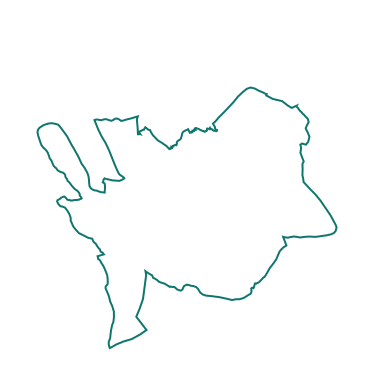 Mbeya Urban, Mbeya, United Republic of Tanzania, rotated 158°
{"feature_id": "72390352B25057310038558", "entity_name": "Mbeya Urban", "entity_type": "district", "adm_level": 2, "iso_a3": "TZA", "parent_name": "United Republic of Tanzania", "parent_adm1": "Mbeya", "projection": "equal_earth", "projection_center": [33.492, -8.905], "detail": "fine", "context": "isolated", "style": "outline", "palette": "teal", "viewbox_px": 384, "rotation_deg": 158, "n_neighbors": 0, "source": "geoboundaries", "source_scale": "gbopen_adm2", "svg_char_len": 5965}
<svg xmlns="http://www.w3.org/2000/svg" viewBox="0 0 384 384"><g transform="rotate(158 192 192)"><path d="M285.9,81.1L290.4,97.2L284.1,103.6L277.5,111.2L265.7,132.0L264.8,136.0L263.5,133.8L260.2,129.6L260.2,127.0L258.9,125.6L257.2,123.3L256.2,121.1L253.8,118.9L251.7,117.3L249.2,113.8L249.0,113.3L248.4,113.0L248.3,112.6L248.0,112.3L247.5,112.3L247.5,112.2L243.9,110.5L242.2,107.1L239.5,104.8L237.5,105.1L234.8,107.7L231.7,108.1L229.7,106.9L227.9,105.3L225.7,104.1L223.8,102.3L222.8,100.3L222.0,95.5L220.3,92.8L217.8,90.7L212.3,87.8L205.8,84.1L199.3,79.7L195.3,76.8L191.3,76.1L188.3,74.8L183.7,74.4L176.9,75.6L175.7,75.7L174.4,77.1L173.8,78.0L173.4,80.1L173.0,80.5L172.4,80.7L171.7,80.6L171.2,80.2L171.1,79.9L170.5,80.2L167.9,83.6L167.5,83.5L167.0,83.2L166.7,82.9L165.3,83.2L164.2,83.1L161.4,84.2L157.6,86.1L156.7,86.0L154.2,87.7L148.7,92.1L142.8,95.6L139.0,98.1L133.0,104.1L130.5,105.4L128.1,106.4L124.5,107.0L124.3,116.3L122.8,115.2L120.4,113.8L114.5,112.7L112.0,111.4L109.0,109.4L102.3,107.6L98.7,106.2L95.2,104.5L92.7,103.7L88.2,102.6L83.4,101.4L79.1,100.7L75.8,100.8L73.5,102.0L71.2,105.0L71.1,107.8L72.3,118.5L76.0,135.5L78.4,143.3L80.9,149.2L84.8,159.4L84.0,162.4L83.3,166.3L80.9,171.7L79.1,176.6L77.0,178.4L76.8,187.7L74.3,192.0L73.8,195.3L71.8,195.7L68.6,193.2L65.5,195.0L62.4,199.2L62.4,205.1L62.7,205.9L62.7,208.5L60.4,210.8L57.7,213.0L57.3,215.7L57.3,215.8L57.3,216.7L58.5,219.4L59.1,221.4L60.0,223.1L60.4,224.6L61.7,227.3L62.2,229.9L63.2,232.6L62.9,232.8L68.0,232.6L70.8,236.3L74.4,242.5L82.2,248.0L87.0,253.7L86.1,254.8L86.8,255.2L89.6,258.5L91.9,260.6L95.1,264.5L98.7,267.0L102.7,267.1L107.6,265.6L113.7,263.2L120.2,259.6L131.3,254.5L139.3,251.1L144.0,248.6L146.9,247.6L146.9,246.6L146.6,245.1L146.4,244.1L146.5,243.3L146.8,242.4L146.7,241.2L146.4,240.7L145.6,240.0L146.1,239.4L146.9,239.3L147.3,240.1L148.9,240.6L149.1,240.8L149.4,241.5L149.6,241.6L149.9,242.6L150.5,243.1L150.9,243.2L151.0,243.7L151.2,243.3L151.9,243.4L152.0,243.7L152.0,243.9L152.2,243.7L153.1,244.5L154.1,245.2L154.5,244.9L155.1,243.6L155.5,243.2L156.0,243.2L156.5,243.5L156.9,243.5L157.2,243.2L157.6,243.0L158.0,243.3L158.6,244.2L159.1,244.4L159.7,244.9L160.0,245.6L160.4,245.9L160.6,245.9L161.4,246.8L161.6,247.3L164.4,249.9L165.1,250.0L165.8,249.7L165.9,249.3L165.5,249.0L165.4,248.5L165.4,248.1L166.4,248.3L166.9,248.8L167.3,248.7L167.6,247.7L168.0,247.8L168.3,248.5L168.7,248.7L169.0,248.3L169.3,247.4L170.0,247.2L170.5,247.4L170.8,248.0L171.8,247.8L172.1,251.7L173.0,251.5L175.2,251.5L177.2,251.2L178.2,250.8L179.1,250.0L181.5,246.6L182.1,245.9L183.2,245.2L183.9,245.0L185.4,244.8L186.5,244.5L187.5,243.7L188.0,242.3L188.5,241.7L188.8,241.4L189.0,241.7L189.5,241.7L189.6,241.9L189.8,242.0L191.1,241.8L191.3,241.7L191.7,241.9L191.8,241.9L192.0,241.7L192.4,242.0L192.7,242.0L192.8,241.8L192.8,241.4L192.9,241.2L193.0,241.2L193.3,241.5L193.5,241.4L193.6,240.4L193.9,240.2L194.0,240.2L194.1,240.6L194.3,240.7L194.5,241.2L195.0,240.2L195.3,240.3L195.4,240.7L195.4,240.9L195.5,240.9L195.8,240.6L196.0,240.4L196.2,240.1L196.4,240.1L196.6,240.4L197.0,240.5L197.5,241.9L198.2,243.6L198.8,244.9L199.4,245.5L201.5,248.9L203.9,252.0L204.5,253.1L205.9,256.5L206.6,258.4L206.8,258.6L207.4,261.4L207.7,263.1L207.7,265.1L207.9,265.4L208.4,265.6L209.4,266.4L210.0,267.6L210.1,267.9L211.1,269.5L212.0,268.9L213.2,267.7L213.4,267.7L213.6,267.9L214.3,268.1L215.6,267.8L217.7,267.7L218.4,267.8L218.9,267.4L219.0,267.1L218.5,266.2L218.3,265.2L218.5,265.4L219.0,265.5L219.5,265.4L220.5,265.8L218.2,272.4L216.0,279.8L213.9,282.4L221.2,283.1L226.9,283.9L228.0,283.9L230.9,284.3L232.4,286.6L234.0,288.2L236.1,288.8L237.7,288.3L240.0,288.2L241.8,289.5L243.2,290.8L244.9,292.0L247.0,292.4L249.2,292.5L252.7,294.7L254.2,295.2L255.5,295.2L255.5,284.5L254.9,276.7L253.8,270.2L253.3,261.4L253.4,245.2L253.2,239.3L252.9,236.3L252.2,234.5L251.1,233.1L249.7,230.7L249.7,230.0L251.6,229.6L255.1,229.5L261.5,232.6L264.5,234.8L266.6,236.2L268.0,237.4L269.3,236.7L270.2,235.2L271.1,234.4L269.8,232.6L270.6,229.5L273.2,224.2L276.5,226.0L278.4,227.6L280.1,229.2L281.5,229.8L283.5,231.8L284.6,233.8L284.8,236.0L284.0,238.8L282.8,242.5L282.0,245.7L281.9,249.2L282.5,254.4L283.8,259.8L284.1,266.9L285.3,276.7L286.0,280.9L287.0,290.8L289.9,301.9L290.8,304.5L293.9,306.9L296.3,308.3L298.7,309.1L302.0,309.5L305.0,309.6L309.6,308.6L311.7,307.2L312.9,305.2L313.5,302.1L314.0,294.2L314.0,291.7L313.3,288.9L312.3,287.0L311.6,285.2L311.0,282.7L311.1,279.0L311.3,276.5L310.6,273.8L310.6,271.1L310.5,268.2L309.7,266.1L308.9,264.7L308.6,262.9L307.8,261.5L306.2,259.7L304.4,258.3L303.4,256.5L303.2,255.5L303.6,253.9L303.6,253.0L303.5,252.2L303.2,251.3L303.1,251.2L303.2,249.1L302.1,246.6L301.0,242.5L299.7,238.9L297.8,235.9L296.9,233.2L296.9,232.0L297.3,231.5L297.3,230.6L297.1,229.7L296.7,228.8L296.7,228.6L296.8,228.4L296.7,227.9L296.7,227.4L297.4,227.2L298.2,227.4L299.1,227.2L301.3,227.6L302.6,228.1L303.1,228.2L304.1,228.6L305.2,228.9L306.4,228.9L307.6,229.6L307.9,229.7L308.1,230.1L308.6,230.5L309.5,230.8L310.2,231.4L310.7,232.0L311.2,234.0L312.1,235.7L314.7,235.9L314.9,236.0L314.8,235.9L317.1,235.1L319.9,234.7L320.6,233.8L320.5,231.2L319.4,228.2L317.2,226.7L315.5,224.9L314.5,221.1L314.0,217.1L314.2,213.4L315.2,210.9L315.0,204.4L313.8,200.4L312.2,196.1L308.1,191.6L305.7,188.7L304.0,187.4L302.1,186.2L302.0,185.8L302.0,184.7L302.0,183.6L301.9,182.7L301.5,181.7L300.7,180.3L300.2,177.7L300.2,177.3L300.1,177.0L299.9,176.0L299.4,174.4L298.8,173.1L299.1,171.7L298.7,170.3L298.1,169.8L297.5,169.1L297.5,168.3L297.1,167.2L303.6,167.8L303.6,167.2L303.8,166.3L304.0,165.8L304.1,165.1L303.4,164.1L302.8,162.6L302.7,160.8L301.9,156.7L301.7,151.4L301.8,146.7L302.7,143.2L303.8,140.2L304.9,138.0L307.3,136.9L308.2,135.1L308.1,131.4L308.1,126.5L308.9,120.9L308.7,116.3L309.2,110.5L311.2,105.3L313.5,101.1L316.0,98.4L319.0,93.9L321.2,89.9L322.7,87.0L325.1,84.6L326.2,82.3L326.7,79.3L326.7,78.1L324.0,78.3L319.5,79.0L313.8,79.0L311.9,79.1L302.9,78.2L293.1,79.4L285.9,81.1Z" fill="none" stroke="#0f766e" stroke-width="2"/></g></svg>